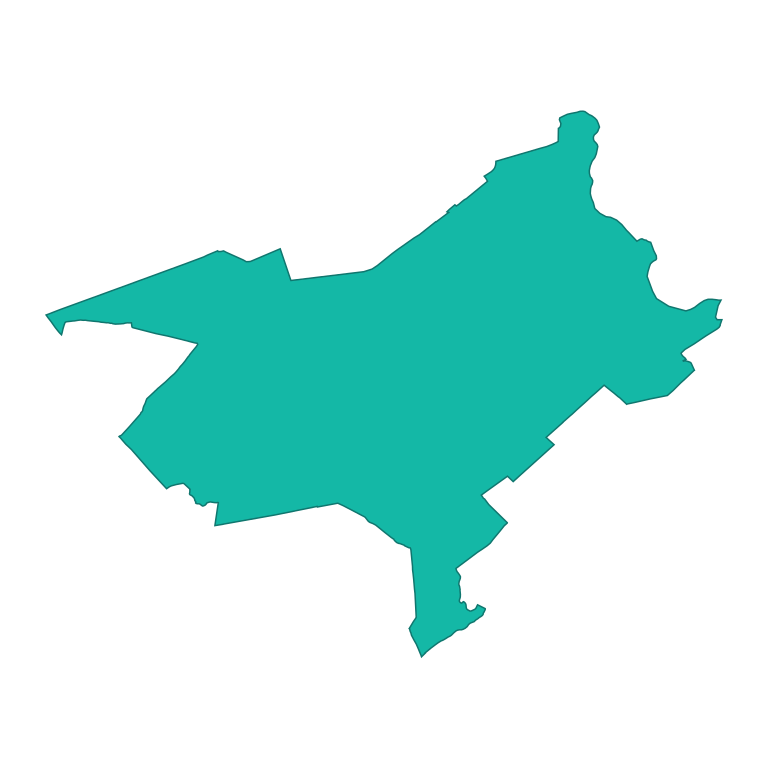 Buturugeni, Giurgiu, Romania (Robinson projection)
{"feature_id": "2599482B72112138789646", "entity_name": "Buturugeni", "entity_type": "district", "adm_level": 2, "iso_a3": "ROU", "parent_name": "Romania", "parent_adm1": "Giurgiu", "projection": "robinson", "projection_center": [25.814, 44.343], "detail": "fine", "context": "isolated", "style": "filled", "palette": "teal", "viewbox_px": 768, "rotation_deg": 0, "n_neighbors": 0, "source": "geoboundaries", "source_scale": "gbopen_adm2", "svg_char_len": 6106}
<svg xmlns="http://www.w3.org/2000/svg" viewBox="0 0 768 768"><path d="M409.2,628.6L409.6,628.8L410.0,630.7L410.3,631.7L410.8,632.6L411.5,635.3L412.3,636.8L413.9,639.9L416.3,644.1L418.3,648.7L421.0,655.3L421.5,656.8L425.4,653.0L425.2,652.8L430.8,648.2L434.9,645.1L437.9,642.9L441.1,640.9L442.7,640.3L443.8,639.7L445.7,638.6L448.0,637.1L450.1,636.1L451.4,635.2L454.1,632.5L456.2,630.8L457.5,630.2L459.4,629.8L461.5,629.8L463.1,629.3L465.1,628.3L467.2,626.6L468.6,624.5L470.3,623.1L474.2,621.6L475.6,620.1L477.7,618.8L479.4,617.4L480.7,616.7L482.3,615.5L482.9,614.7L483.1,614.4L483.2,613.6L483.4,613.0L483.9,612.3L485.2,609.6L485.2,608.6L477.6,604.8L477.1,605.7L476.2,607.7L475.6,608.6L474.8,609.3L471.6,610.8L470.9,611.0L469.9,611.0L467.5,609.7L466.8,609.1L466.4,608.2L466.2,607.3L466.0,604.9L465.6,603.7L465.0,602.8L463.7,601.7L463.3,601.7L461.8,603.0L461.4,603.1L460.5,602.7L459.7,601.9L459.4,601.3L459.3,600.8L459.4,600.2L459.7,598.9L460.1,597.9L460.3,596.7L460.4,594.4L460.0,590.4L460.1,589.4L459.9,588.4L459.6,586.5L458.9,584.7L458.8,583.6L459.2,581.3L459.7,580.1L460.3,578.4L460.4,577.5L460.4,576.5L459.9,575.6L458.4,573.3L457.1,571.7L456.8,571.1L456.1,569.3L456.1,568.6L456.0,568.4L477.2,552.5L480.0,550.6L481.3,549.8L487.1,545.8L490.3,543.1L492.9,539.6L500.3,530.7L504.2,525.8L507.2,523.1L507.3,522.7L488.8,504.6L484.6,499.0L484.1,498.7L483.4,498.3L483.0,497.6L481.3,495.1L486.6,491.2L507.5,476.2L513.2,481.6L520.4,475.0L554.1,444.7L548.7,439.8L546.1,437.4L562.8,422.5L562.7,422.4L569.8,416.1L572.2,414.1L577.0,409.6L584.4,403.0L591.3,396.6L595.8,392.7L604.1,385.2L610.8,390.6L613.6,392.8L618.2,396.7L619.7,397.7L626.7,404.3L627.2,404.0L634.5,402.5L650.3,398.9L663.4,396.3L667.4,395.5L673.1,390.5L680.5,383.1L684.7,379.3L694.0,370.5L694.4,370.3L691.5,363.9L691.1,363.1L690.6,362.5L689.7,362.1L688.4,361.6L685.5,360.8L684.7,360.8L683.4,361.1L683.2,360.8L686.0,359.3L685.3,358.6L685.3,358.3L682.8,356.1L682.0,355.1L681.0,353.3L681.5,352.7L683.2,351.1L685.0,349.4L694.1,343.9L702.2,338.4L706.1,335.8L716.9,329.1L717.8,328.4L719.1,327.3L719.4,326.9L720.2,325.4L720.2,324.6L721.9,319.7L717.1,319.7L715.5,317.2L718.1,305.7L721.0,300.1L719.0,300.2L715.8,299.7L712.2,299.3L708.0,299.3L704.2,300.6L699.6,303.5L694.6,307.4L690.7,309.4L685.9,310.9L668.8,306.3L656.5,298.6L652.6,291.3L647.1,276.4L647.9,271.8L649.6,266.1L650.5,263.8L652.2,262.1L653.5,261.1L655.9,259.8L656.5,258.8L656.3,255.8L653.8,250.8L650.7,242.3L648.9,241.8L647.4,241.2L646.3,240.2L644.3,239.9L642.0,238.8L640.3,239.2L636.9,241.2L629.1,232.9L626.5,230.3L621.9,224.7L616.6,220.1L610.6,217.3L606.0,216.7L599.8,213.3L594.8,208.5L593.3,202.5L591.7,198.9L590.8,195.9L590.3,193.5L590.4,191.5L590.6,188.4L591.3,185.9L592.1,184.4L592.6,182.3L592.7,180.6L591.5,178.1L590.3,176.8L589.4,173.3L589.3,170.6L590.0,166.9L590.5,165.1L591.1,163.8L591.8,161.9L592.3,160.9L594.8,157.6L596.3,153.8L597.8,146.5L597.2,144.5L595.8,142.7L594.2,141.1L593.5,139.4L593.4,137.0L594.2,135.0L596.1,133.3L597.3,132.0L598.0,130.8L598.4,129.5L599.5,127.1L598.3,123.5L596.9,120.3L595.1,118.3L592.1,116.0L590.6,115.2L589.4,114.8L584.9,111.6L583.0,111.2L580.1,111.3L577.0,112.3L571.2,113.4L567.3,114.3L563.0,116.3L559.8,117.9L559.4,119.7L560.9,123.6L560.4,126.6L558.7,128.3L558.4,128.4L558.2,141.5L556.0,142.7L552.0,144.5L546.6,146.6L540.3,148.3L495.9,161.3L495.9,162.2L495.7,164.5L495.4,165.8L494.9,167.3L494.3,168.5L493.5,169.5L492.8,170.3L491.3,171.7L486.7,174.7L484.2,176.2L486.0,178.5L487.5,181.3L466.3,198.7L464.4,199.7L462.5,201.2L458.6,204.5L456.3,206.0L454.9,204.8L449.5,209.3L446.9,211.8L448.6,212.5L436.0,222.0L435.7,221.8L419.6,234.6L414.3,237.8L397.4,249.7L392.3,253.5L377.3,265.6L372.0,269.1L363.8,271.7L290.9,280.5L280.2,248.8L250.6,261.4L249.0,261.6L246.2,261.7L244.9,260.9L243.1,259.9L226.2,252.3L223.6,250.9L221.0,251.5L218.2,251.6L217.7,250.8L207.4,255.1L203.8,256.9L185.4,263.8L105.6,293.0L59.8,309.7L46.1,315.0L48.4,318.2L51.0,321.5L55.3,327.6L57.9,330.9L59.5,332.8L61.5,334.8L62.0,333.2L63.0,328.8L64.1,325.1L64.9,322.9L65.3,322.3L65.8,322.0L66.9,321.7L70.6,321.3L72.8,321.0L74.5,320.9L78.1,320.3L80.5,320.0L83.2,320.3L85.3,320.2L87.6,320.6L92.4,321.1L94.3,321.3L98.8,321.7L101.0,322.2L103.5,322.4L106.7,322.8L108.0,322.7L110.6,323.3L111.2,323.3L111.8,323.2L112.7,323.7L115.3,324.1L120.1,323.9L122.5,323.7L123.7,323.6L125.3,323.1L127.6,322.8L129.0,322.9L131.4,322.8L131.8,326.1L132.0,326.8L132.2,327.3L133.0,327.7L155.9,333.6L167.9,336.1L180.1,339.1L194.8,342.9L197.3,343.3L197.7,344.4L197.5,344.8L196.3,346.6L191.6,352.3L189.9,354.4L188.9,356.0L188.0,356.9L185.1,361.0L182.4,364.3L180.4,366.4L179.6,367.4L178.7,368.8L177.3,370.4L176.6,371.3L174.4,373.7L170.8,376.8L165.5,381.9L161.5,385.3L159.7,386.9L157.6,388.6L156.4,389.9L155.2,390.9L153.8,392.3L152.7,393.3L150.8,395.1L147.1,398.5L146.7,399.0L145.9,401.1L145.2,403.3L143.7,406.3L143.4,407.2L142.9,409.1L142.7,410.5L142.4,411.0L142.1,411.6L141.2,412.4L140.9,412.8L140.5,413.8L140.3,414.2L128.8,427.3L121.7,435.0L121.0,435.5L119.7,436.0L119.4,436.2L119.0,436.6L120.6,438.1L122.0,439.8L125.8,444.2L131.3,449.4L150.1,470.9L166.6,488.7L169.5,486.7L171.5,485.8L176.4,484.5L182.3,483.4L182.9,483.3L183.6,483.5L184.0,483.6L190.0,489.2L189.8,489.4L189.9,490.9L189.7,492.9L189.5,493.6L189.6,494.2L190.2,494.9L191.2,495.3L192.5,496.2L192.8,496.7L193.8,497.5L194.7,499.5L194.9,500.7L195.7,501.6L195.8,501.9L195.8,502.2L195.6,502.9L196.2,503.5L197.8,503.8L198.9,503.8L199.6,503.9L202.4,506.0L202.6,506.0L203.5,505.9L205.0,505.2L205.9,504.4L206.3,503.8L207.1,502.8L210.1,501.9L214.5,502.6L216.6,502.7L217.3,502.5L218.1,502.5L218.3,502.6L214.9,525.6L222.4,524.4L224.1,524.0L275.3,514.9L317.2,506.4L317.4,507.0L337.8,503.2L343.3,505.7L364.5,516.8L365.4,517.5L366.1,518.5L368.4,521.4L369.9,522.4L373.0,523.6L374.6,524.5L375.5,524.9L385.1,532.7L391.1,537.4L392.8,538.6L393.1,538.8L393.6,538.9L394.3,540.2L395.1,541.1L396.2,542.1L397.0,542.7L398.7,543.4L400.0,543.6L404.2,545.2L404.5,545.7L408.7,547.7L410.3,547.9L410.9,549.7L412.5,566.3L412.6,570.0L413.0,573.0L413.7,579.5L414.5,589.1L415.0,593.3L415.9,610.9L416.2,617.3L415.6,618.4L413.4,621.6L409.2,628.6Z" fill="#14b8a6" stroke="#0f766e" stroke-width="1.5"/></svg>